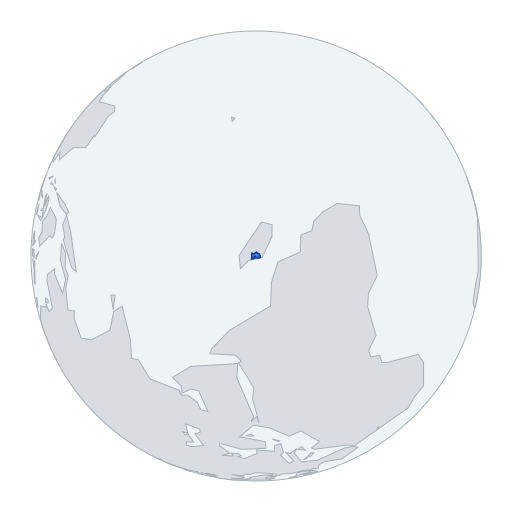 globe centered on Boeny, rotated 195°
{"feature_id": "MDG-5870", "entity_name": "Boeny", "entity_type": "Autonomous Province", "adm_level": 1, "iso_a3": "MDG", "parent_name": "Madagascar", "parent_adm1": "", "projection": "orthographic", "projection_center": [46.116, -16.217], "detail": "fine", "context": "on_globe", "style": "filled", "palette": "blue", "viewbox_px": 512, "rotation_deg": 195, "n_neighbors": 0, "source": "natural_earth", "source_scale": "10m", "svg_char_len": 7390}
<svg xmlns="http://www.w3.org/2000/svg" viewBox="0 0 512 512"><g transform="rotate(195 256 256)"><circle cx="256" cy="256" r="225" fill="#eef3f6" stroke="#a8b0b8"/><path d="M30.9,264.3L31.5,262.6L34.3,267.2L36.1,280.4L37.5,299.3L47.3,333.8L52.1,350.8L59.1,364.6L72.9,387.1L73.5,388.1L64.3,374.3L56.1,359.8L49.0,344.8L43.0,329.3L38.2,313.5L34.5,297.3L32.1,280.8L30.9,264.3ZM133.0,444.8L134.6,445.7L140.0,449.1L139.9,449.0L133.0,444.8ZM123.1,437.7L119.1,434.3L120.0,434.8L123.0,437.2L123.1,437.7ZM287.0,32.9L294.3,34.3L294.5,35.0L296.3,35.3L297.3,34.9L288.5,33.1L288.3,33.0L291.8,33.6L292.7,33.7L292.0,33.6L308.2,36.8L324.1,41.3L339.7,46.8L354.8,53.5L369.3,61.3L383.3,70.1L396.6,80.0L409.1,90.7L420.8,102.4L422.0,104.1L426.8,109.7L429.7,112.6L432.7,117.2L441.8,129.2L448.2,139.9L450.9,152.2L445.6,152.0L446.4,155.3L441.5,148.9L439.2,153.1L451.6,178.2L452.7,184.4L447.0,191.7L446.1,186.8L433.2,169.9L433.8,184.0L443.7,200.9L447.2,217.9L440.9,209.8L437.0,194.9L432.4,188.5L431.5,175.7L423.6,155.2L417.1,155.8L415.5,148.6L403.7,131.5L393.1,132.5L377.8,146.7L379.1,165.6L372.3,172.9L355.7,142.7L349.7,124.8L342.8,125.4L326.4,109.8L295.7,106.5L292.1,102.2L286.2,103.9L274.8,99.5L269.6,93.1L262.3,93.4L276.4,110.8L284.2,110.7L291.9,104.4L294.2,110.8L305.3,117.3L290.2,132.6L245.9,147.3L243.0,133.4L216.4,99.8L218.0,96.2L217.9,95.8L217.7,95.1L213.8,101.1L209.7,95.3L222.4,117.4L223.9,128.0L245.3,148.2L242.9,150.5L250.2,154.9L275.2,149.6L275.0,154.5L262.4,177.4L229.0,211.4L234.3,234.9L233.3,255.9L214.4,271.2L218.0,288.0L208.5,294.8L209.2,304.7L202.7,316.1L191.1,327.8L169.2,331.3L166.3,322.2L153.0,306.5L133.8,268.4L137.7,249.2L135.1,236.0L119.5,210.2L122.8,193.8L119.0,188.3L110.9,192.0L106.8,185.7L102.1,187.0L74.1,202.8L66.7,196.9L60.6,174.1L66.5,160.9L69.6,148.9L111.9,98.2L118.5,97.2L149.2,84.6L152.6,84.9L146.5,93.3L167.6,98.6L177.3,90.6L198.8,93.4L214.7,92.0L224.8,77.2L198.7,79.0L196.7,72.9L219.5,65.6L242.6,65.6L242.5,63.3L230.0,58.7L237.4,54.7L225.9,57.0L229.0,59.0L221.9,60.8L218.6,59.2L221.3,57.6L215.0,57.2L203.5,65.7L205.5,68.6L187.5,72.2L189.0,77.7L183.3,81.2L178.7,73.3L180.8,70.0L170.4,64.2L166.6,67.8L176.1,73.9L172.2,73.9L167.2,79.9L167.9,75.4L158.6,68.9L143.7,74.7L121.2,93.2L113.3,97.3L108.3,97.4L120.3,82.4L136.6,75.1L141.0,70.7L140.9,67.2L145.8,65.7L147.8,63.7L154.3,61.4L166.5,54.7L173.6,52.6L181.4,47.3L186.1,45.8L180.1,49.1L179.7,50.8L197.6,47.3L202.0,45.8L205.6,42.9L210.1,42.8L211.3,40.5L223.1,38.6L209.8,39.4L213.7,37.1L222.5,35.0L221.4,34.7L207.1,38.3L203.6,39.8L204.4,40.6L192.7,46.1L185.9,48.1L189.1,43.7L179.8,46.4L186.4,42.8L220.8,33.6L233.6,31.9L248.4,32.2L243.7,33.0L236.0,33.1L240.3,34.4L241.3,33.6L245.0,33.8L249.7,32.6L252.5,32.8L252.2,31.7L256.2,31.8L256.4,32.5L266.7,31.8L275.9,32.4L276.9,32.3L275.3,31.9L288.0,33.6L284.1,32.8L281.7,32.3L282.3,32.3L287.0,32.9ZM425.8,107.9L425.3,107.4L421.1,102.8L425.8,107.9ZM94.8,119.9L93.0,123.4L93.0,123.5L94.8,119.9ZM265.6,74.3L280.4,75.6L276.2,67.2L281.5,67.2L278.1,64.7L275.8,66.6L267.9,60.0L275.1,58.4L274.6,55.5L269.6,55.0L257.6,59.3L268.8,68.3L264.4,71.4L265.6,74.3ZM152.2,57.2L153.4,57.2L149.3,59.7L140.4,64.3L146.2,60.4L152.2,57.2ZM155.9,56.8L161.6,52.2L167.3,49.9L163.2,51.8L166.4,50.7L160.5,53.7L160.5,56.6L157.0,59.2L142.4,65.0L149.1,61.4L147.6,61.4L155.9,56.8ZM158.1,81.2L161.0,80.9L165.9,79.6L162.8,83.7L158.1,81.2ZM151.3,76.8L154.2,75.6L152.3,80.1L149.2,80.8L151.3,76.8ZM157.5,71.6L154.5,75.2L154.3,73.6L157.5,71.6ZM182.9,48.2L186.2,47.3L185.9,47.8L183.3,49.2L182.9,48.2ZM219.4,79.8L213.8,82.8L211.9,81.6L214.2,80.8L219.4,79.8ZM186.2,82.5L193.0,83.5L185.3,83.6L186.2,82.5ZM313.7,380.0L315.6,383.9L312.0,383.7L313.7,380.0ZM272.5,252.3L259.5,290.2L248.6,290.4L245.6,279.0L249.7,256.0L262.0,249.6L267.8,239.7L272.5,252.3ZM468.3,273.6L470.0,277.1L469.7,278.0L468.3,273.6ZM466.6,267.5L469.0,270.6L465.9,269.3L466.6,267.5ZM469.8,271.8L472.1,272.7L473.1,272.2L472.7,274.2L469.8,271.8ZM464.9,265.8L453.4,256.1L448.2,249.9L449.9,246.9L458.3,253.6L464.9,265.8ZM449.5,246.5L441.0,230.8L425.7,194.4L431.2,197.1L446.5,222.0L445.6,224.7L450.8,236.1L449.5,246.5ZM468.2,240.6L467.2,249.7L461.3,243.5L458.4,239.6L456.4,225.7L457.6,220.4L460.2,222.5L467.5,209.6L470.6,217.4L468.9,223.5L471.3,234.1L468.2,240.6ZM380.2,167.7L386.1,180.7L382.0,181.8L380.2,167.7ZM468.4,198.9L466.8,204.3L467.6,195.7L468.4,198.9ZM467.7,190.0L468.8,194.5L466.8,189.0L467.7,190.0ZM448.2,160.8L445.6,159.8L444.5,156.9L447.2,156.5L448.2,160.8ZM453.1,149.2L456.7,157.3L457.4,159.6L454.5,153.6L453.1,149.2ZM268.2,31.1L267.0,31.0L270.7,31.5L262.5,30.9L264.1,30.9L268.2,31.1ZM416.8,412.9L424.8,404.2L422.5,407.6L416.7,413.5L416.8,412.9ZM429.4,399.8L428.2,400.9L431.6,396.6L430.0,398.0L432.9,393.1L441.8,380.1L439.9,381.5L445.1,375.1L440.8,379.6L445.7,370.9L447.4,364.5L431.3,364.3L429.9,358.9L434.8,352.8L442.5,329.4L443.4,330.8L448.5,316.6L460.6,313.3L470.8,298.1L472.2,305.0L476.6,293.7L476.5,300.9L473.6,311.3L470.1,326.1L472.0,320.0L466.1,337.2L458.9,353.9L450.3,370.0L440.4,385.3L429.4,399.8ZM472.3,280.9L475.3,276.7L476.3,278.1L472.3,280.9ZM478.5,291.1L478.8,289.3L479.1,287.2L478.5,291.1ZM480.2,277.8L480.4,268.1L480.4,262.1L480.9,261.7L480.2,253.4L481.1,256.6L480.9,268.0L481.1,265.3L480.2,277.8ZM479.8,277.0L479.9,277.9L479.5,279.9L479.8,277.0ZM478.1,257.9L477.9,260.2L477.4,256.9L478.1,257.9ZM478.8,258.0L479.8,264.8L478.6,259.8L478.8,258.0ZM472.6,237.8L473.4,244.8L475.7,244.4L473.9,247.3L474.8,259.6L474.0,262.6L473.2,249.5L471.9,259.9L470.8,258.2L470.8,247.8L472.2,237.8L473.3,234.5L477.2,238.8L472.6,237.8ZM479.1,250.6L478.6,242.6L478.8,238.8L479.3,243.6L479.1,250.6ZM476.3,223.3L473.9,213.0L472.7,213.6L474.2,207.8L476.4,218.5L476.3,223.3ZM472.7,204.4L471.7,204.8L472.1,201.0L472.7,204.4ZM470.9,201.7L469.7,196.3L471.0,198.7L470.9,201.7ZM473.5,205.8L472.0,197.4L473.5,203.5L473.5,205.8ZM466.4,184.2L471.1,196.2L466.8,187.9L462.0,171.5L463.4,173.1L466.4,184.2Z" fill="#d9dde1" stroke="#a8b0b8" stroke-width="1"/><path d="M251.3,256.0L251.3,255.9L251.5,255.9L251.8,255.7L252.0,255.5L252.1,255.3L252.2,255.2L252.3,255.1L252.6,255.0L252.8,254.9L252.8,255.1L252.9,255.3L252.9,255.5L253.0,255.6L253.3,255.4L253.3,255.2L253.2,255.2L253.8,255.0L253.9,254.9L254.0,255.0L254.0,255.3L254.1,255.1L254.2,254.9L254.2,254.7L254.3,254.4L254.5,254.3L254.8,254.4L255.1,254.3L255.3,254.2L255.4,254.3L255.4,254.5L255.5,254.5L255.8,254.6L255.7,254.5L255.8,254.4L255.7,254.3L255.7,254.2L255.8,254.2L256.0,254.0L256.3,254.0L256.5,254.0L256.5,254.3L256.4,254.3L256.4,254.5L256.5,254.6L256.7,254.9L256.7,255.0L256.8,255.1L256.8,254.9L256.9,255.0L257.0,255.0L257.0,254.9L257.3,254.9L257.3,255.0L257.4,254.9L257.2,254.7L256.9,254.5L256.7,254.4L256.8,254.3L256.9,254.2L256.7,254.0L256.7,253.9L256.8,253.8L256.8,253.7L257.1,253.5L257.3,253.2L257.5,253.2L257.8,252.9L258.0,252.9L258.0,252.7L258.6,252.4L258.9,252.1L259.1,252.1L259.3,252.0L259.3,252.3L259.6,252.5L259.4,252.8L259.2,253.2L259.2,253.3L259.3,253.3L259.3,253.2L259.5,253.1L259.8,253.0L259.8,253.7L259.9,254.4L260.1,255.2L260.3,255.6L260.6,256.0L260.6,256.3L260.3,256.7L260.0,257.0L260.5,257.3L260.7,257.6L260.5,257.8L260.2,257.7L259.8,257.5L259.3,257.4L258.7,257.5L258.2,257.5L258.1,258.2L257.8,258.9L257.3,259.0L257.1,259.3L256.9,259.4L256.7,259.9L256.5,260.0L256.0,259.7L255.7,259.3L255.6,259.0L254.8,259.0L254.4,258.8L253.7,259.0L253.5,258.6L253.1,258.5L252.8,258.2L252.7,257.8L252.3,257.6L251.9,257.2L251.6,256.8L251.6,256.3L251.3,256.0Z" fill="#3b82f6" stroke="#1e3a8a" stroke-width="1.5"/></g></svg>